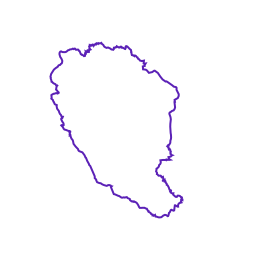 outline of Enrekang, Sulawesi Selatan, Indonesia, rotated 337°
{"feature_id": "22746128B73854324401708", "entity_name": "Enrekang", "entity_type": "district", "adm_level": 2, "iso_a3": "IDN", "parent_name": "Indonesia", "parent_adm1": "Sulawesi Selatan", "projection": "robinson", "projection_center": [119.876, -3.532], "detail": "fine", "context": "isolated", "style": "outline", "palette": "violet", "viewbox_px": 256, "rotation_deg": 337, "n_neighbors": 0, "source": "geoboundaries", "source_scale": "gbopen_adm2", "svg_char_len": 5764}
<svg xmlns="http://www.w3.org/2000/svg" viewBox="0 0 256 256"><g transform="rotate(337 128 128)"><path d="M169.4,75.5L168.0,75.2L167.6,74.7L169.0,72.2L166.9,71.8L165.3,70.5L165.1,69.1L164.3,68.2L164.2,67.6L164.4,66.9L163.8,66.2L163.4,64.7L163.0,64.2L162.5,64.1L162.2,63.9L162.0,64.1L161.8,63.5L161.2,63.5L160.8,62.8L160.1,62.4L160.3,60.9L160.6,60.3L160.4,59.6L160.6,59.1L160.9,59.0L161.2,57.2L160.6,56.3L159.2,52.7L158.3,51.9L157.7,52.1L157.3,53.3L156.3,54.2L156.0,54.0L155.1,52.6L154.6,52.1L153.9,51.9L153.6,51.3L153.8,51.0L153.6,50.6L153.1,50.6L153.0,50.3L152.8,50.3L152.7,50.7L152.4,50.4L152.2,50.5L151.5,50.4L151.2,50.5L149.6,48.4L149.0,49.1L148.3,48.8L148.0,49.0L147.6,48.8L147.3,49.0L146.4,48.6L145.7,49.9L145.3,49.9L145.0,50.2L144.7,50.0L143.4,49.2L142.7,47.9L141.1,46.1L139.6,45.9L138.6,44.8L137.9,43.7L137.7,41.8L137.0,40.7L136.7,39.3L136.1,39.5L135.6,39.1L134.7,39.0L134.3,38.6L133.5,38.9L133.4,38.4L133.0,38.6L132.2,37.8L131.6,38.3L131.5,37.9L131.2,37.8L130.3,38.1L130.1,38.4L129.6,38.2L129.0,38.6L129.1,38.2L128.7,37.8L128.4,37.7L128.0,38.0L127.7,37.4L127.5,37.5L127.4,38.0L126.7,37.5L126.3,37.7L126.1,37.1L125.2,37.3L125.0,36.9L124.7,37.4L124.2,37.7L124.4,38.2L123.6,39.3L123.7,39.8L123.4,40.2L123.9,40.5L124.1,41.1L123.8,41.1L123.3,40.9L121.8,41.0L122.2,41.8L121.7,42.7L121.2,42.4L121.0,41.6L120.5,42.2L119.9,41.7L119.8,41.3L119.3,41.4L119.0,41.0L118.9,41.6L119.2,41.9L119.5,41.7L119.4,42.0L119.0,42.3L118.7,41.8L118.6,42.0L118.6,42.6L118.3,42.7L118.3,42.1L118.0,42.1L117.6,42.5L117.7,43.6L117.1,43.7L116.6,44.8L115.8,44.7L115.8,44.1L115.5,44.1L115.5,43.9L114.8,43.3L114.3,42.4L114.0,42.5L113.4,41.5L113.5,38.4L112.9,37.7L112.9,36.5L112.5,36.2L110.7,35.7L110.3,34.4L110.1,34.1L109.4,34.0L108.9,34.2L108.2,33.4L107.0,33.5L105.1,33.0L104.0,33.2L103.2,33.0L101.1,33.7L99.8,33.6L97.3,32.5L96.3,31.3L95.9,31.3L95.4,31.3L94.8,31.7L94.2,32.3L93.7,33.5L93.4,36.3L93.8,38.0L93.8,40.3L93.3,41.4L92.3,42.6L91.2,42.8L90.2,43.4L89.0,43.2L88.4,43.3L87.2,44.2L86.6,44.2L85.9,44.5L85.2,44.5L82.6,45.3L78.4,48.2L76.6,50.6L76.7,51.3L76.2,52.2L76.1,54.0L75.7,55.6L76.3,56.1L76.4,56.8L77.0,57.9L78.3,59.3L78.7,61.6L80.4,61.0L78.6,61.7L76.8,64.5L77.4,66.0L77.5,67.0L78.0,67.8L78.0,68.5L76.7,68.8L75.5,67.8L73.2,67.6L72.9,67.4L70.9,67.6L70.3,67.8L69.6,70.2L68.9,71.0L69.8,72.8L69.7,74.0L69.7,74.9L70.0,75.4L69.8,76.8L70.0,77.6L71.4,79.1L70.8,80.0L70.3,82.5L71.0,85.4L70.8,86.8L70.9,88.6L71.4,89.8L71.3,91.6L71.5,92.2L72.0,92.0L72.4,92.2L71.4,93.2L70.2,93.3L69.9,93.9L70.0,96.4L70.4,98.2L70.3,99.2L69.9,100.2L69.4,100.2L68.8,99.7L67.9,99.4L67.6,99.5L68.4,101.7L68.5,103.6L68.9,104.6L70.1,105.5L72.3,107.7L73.0,107.9L73.5,108.6L73.3,109.1L72.4,109.4L72.5,110.1L71.8,110.9L72.3,111.8L72.1,112.5L71.6,112.6L71.9,112.9L71.8,115.7L72.3,117.2L72.3,118.5L71.7,121.3L72.5,124.5L73.8,128.0L73.6,129.2L74.0,130.2L76.5,132.6L77.3,135.9L77.4,137.6L77.3,138.5L77.7,139.1L77.6,142.2L78.0,145.9L77.8,146.7L78.4,148.2L78.5,159.4L77.8,161.2L78.4,162.5L78.5,163.4L78.3,163.7L78.4,165.8L80.1,167.5L81.3,168.2L82.2,169.7L83.4,171.0L85.7,172.9L86.7,173.0L87.3,172.8L88.2,173.1L88.6,173.3L89.6,174.2L89.8,175.0L90.2,175.3L89.2,175.7L89.1,183.3L90.1,184.0L92.5,186.6L93.3,187.2L94.8,189.5L95.8,190.0L97.1,190.2L97.8,190.8L99.5,191.0L100.0,191.3L100.2,192.3L101.9,194.0L101.7,195.2L102.7,197.0L103.5,197.5L103.9,197.4L104.1,197.8L104.5,197.9L104.4,198.2L104.7,198.4L105.3,198.4L106.3,199.6L106.9,200.8L107.3,203.3L107.3,205.0L107.6,206.1L112.0,207.9L113.3,209.4L113.8,209.7L114.0,212.1L114.5,212.5L114.2,213.2L115.6,215.0L115.6,216.0L116.5,217.0L116.4,217.8L117.0,217.7L117.2,218.7L118.8,218.6L118.5,219.3L118.9,219.7L118.8,220.3L119.8,220.9L121.1,222.1L122.3,222.7L123.7,223.1L125.1,222.8L126.2,222.4L128.1,222.4L129.2,223.2L130.1,224.7L130.6,224.7L131.4,223.9L132.5,222.2L133.5,221.9L135.3,220.3L135.9,220.2L137.6,221.9L138.3,221.9L140.9,217.5L141.3,217.6L142.6,219.4L143.1,219.9L143.4,220.0L143.9,218.6L145.0,217.5L146.0,217.2L147.9,217.4L147.6,216.7L148.4,215.9L148.8,215.0L149.4,215.2L149.9,215.7L150.0,215.5L150.2,215.0L149.9,214.6L149.8,213.7L150.3,213.4L150.5,213.0L150.3,212.6L149.7,212.3L149.4,211.2L148.8,210.5L147.5,209.7L147.1,209.7L146.0,210.5L144.9,209.9L143.6,207.2L143.6,206.6L144.2,205.8L143.1,205.4L142.1,204.1L142.0,203.0L142.9,202.9L143.2,202.4L143.0,201.9L142.4,201.7L142.1,201.0L142.3,198.6L142.1,196.4L141.4,195.4L141.8,194.7L141.8,194.2L141.4,193.3L141.5,192.4L140.9,191.8L141.6,191.4L141.4,190.6L141.5,190.1L140.8,190.4L139.5,190.1L139.6,189.8L140.5,189.3L141.1,186.6L140.6,186.6L140.1,186.9L139.8,186.7L139.6,185.9L139.7,185.2L139.4,184.6L137.5,183.8L136.9,181.9L136.6,181.7L137.2,180.5L136.9,178.9L137.9,177.6L138.2,176.7L138.5,176.5L139.2,176.5L141.1,175.7L141.5,175.3L142.1,174.3L143.5,173.8L144.3,173.1L144.8,172.3L145.2,170.4L147.8,171.1L149.0,171.7L149.9,171.9L150.7,172.7L151.2,172.7L151.4,172.2L153.3,173.4L154.4,173.7L153.7,172.8L153.9,170.6L156.2,171.0L157.5,170.4L158.1,170.4L157.3,169.6L157.3,168.7L157.0,168.4L157.2,167.8L157.4,167.7L157.6,166.8L158.1,166.6L158.0,165.9L158.2,165.5L158.3,164.7L158.0,164.4L158.1,163.8L157.3,163.8L157.3,162.9L157.7,162.4L157.5,161.6L157.7,161.4L157.3,161.1L157.0,160.2L157.5,160.1L158.4,159.4L159.3,159.6L161.1,158.2L162.1,156.2L163.3,154.8L164.0,153.5L164.9,151.0L165.3,149.3L167.4,143.3L168.6,140.7L170.8,136.8L171.4,134.5L171.6,131.1L172.0,130.4L172.6,130.0L173.4,130.0L175.1,129.5L176.9,129.6L178.3,128.7L179.4,127.4L180.9,122.3L181.2,121.8L181.5,122.0L181.9,120.3L185.5,119.9L187.2,118.3L187.9,116.7L187.6,111.8L188.4,110.0L188.2,109.2L186.2,107.7L185.6,106.3L182.3,101.0L181.6,100.1L180.7,99.9L178.8,96.8L177.8,93.2L177.0,89.0L175.8,87.0L175.0,85.7L174.4,85.5L172.1,86.0L168.8,85.4L167.9,82.4L167.1,81.2L164.8,79.9L165.7,77.1L167.6,77.4L167.7,76.8L169.4,75.5Z" fill="none" stroke="#5b21b6" stroke-width="2"/></g></svg>